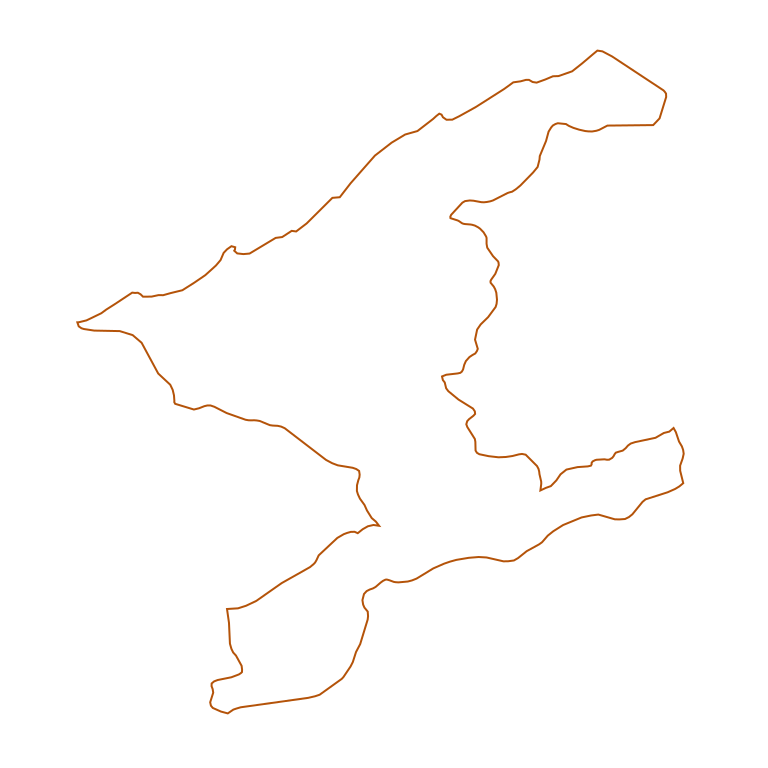 La Libertad, Equal Earth projection, rotated 86°
{"feature_id": "PER-580", "entity_name": "La Libertad", "entity_type": "Department", "adm_level": 1, "iso_a3": "PER", "parent_name": "Peru", "parent_adm1": "", "projection": "equal_earth", "projection_center": [-78.244, -7.962], "detail": "fine", "context": "isolated", "style": "outline", "palette": "amber", "viewbox_px": 768, "rotation_deg": 86, "n_neighbors": 0, "source": "natural_earth", "source_scale": "10m", "svg_char_len": 4788}
<svg xmlns="http://www.w3.org/2000/svg" viewBox="0 0 768 768"><g transform="rotate(86 384 384)"><path d="M301.1,685.6L301.1,684.0L299.8,676.4L298.0,671.8L295.5,665.6L293.7,661.1L290.4,655.9L285.8,647.4L275.3,628.8L275.8,626.0L275.8,623.2L277.5,620.6L280.1,618.3L280.6,609.7L279.6,602.7L280.0,598.1L278.4,590.3L276.4,578.6L269.7,566.2L262.9,554.6L254.1,543.4L249.0,538.4L242.0,534.8L238.7,531.2L235.9,526.6L237.2,522.9L239.4,523.3L240.6,524.1L243.5,521.3L244.6,515.2L244.5,509.0L230.7,481.9L230.3,475.3L224.8,465.4L225.7,461.0L218.4,449.9L194.7,422.5L194.6,415.1L181.4,403.3L155.5,377.1L143.8,359.6L136.6,345.5L134.0,333.0L123.0,316.5L120.3,313.1L118.2,310.0L119.3,307.8L122.0,306.6L124.7,303.3L125.1,297.5L122.1,290.2L114.1,273.1L98.1,243.6L92.1,234.0L91.6,226.7L90.5,221.1L90.7,218.2L93.1,214.7L94.0,210.7L91.5,201.9L88.8,194.0L89.0,188.4L85.2,174.5L78.1,164.1L69.3,152.1L66.3,147.9L67.4,142.9L73.1,133.7L110.6,84.7L112.1,83.5L114.0,82.4L117.4,82.5L138.3,90.6L144.5,97.4L141.8,143.1L145.5,151.6L146.2,154.5L146.6,158.7L146.3,162.2L145.7,165.6L143.9,171.6L141.7,177.2L139.4,181.6L137.4,184.3L136.0,192.4L136.6,194.8L137.9,197.5L139.7,199.3L143.7,202.2L152.9,205.4L167.5,212.7L170.9,213.2L178.2,215.6L183.4,220.5L195.5,234.1L199.0,239.0L201.1,242.8L201.6,245.5L202.1,247.4L208.5,262.5L209.2,265.4L209.6,268.7L209.7,271.7L209.4,274.2L207.4,282.0L206.9,285.6L207.2,290.4L208.6,293.2L219.9,305.2L221.8,306.2L223.2,306.1L226.0,299.1L226.7,297.9L227.5,296.9L228.3,295.9L229.1,294.9L229.7,293.6L230.1,292.0L230.9,286.7L231.3,285.0L232.3,282.3L234.3,279.1L235.8,277.3L239.6,274.1L243.9,271.9L244.9,271.6L245.6,271.5L251.3,271.9L255.2,271.5L264.1,266.3L269.6,261.7L270.7,261.3L273.4,261.2L281.9,265.3L287.4,269.8L288.8,270.6L290.4,270.6L294.5,267.7L297.2,266.5L300.8,265.6L307.8,265.4L311.9,266.1L315.0,267.3L324.6,275.5L331.3,283.4L336.2,287.3L346.1,290.1L355.5,288.0L357.6,289.0L359.9,290.8L361.3,293.8L363.1,296.9L366.8,300.7L370.4,302.6L375.0,304.1L377.1,305.5L378.2,307.1L378.6,309.8L379.1,321.2L380.5,325.6L384.2,325.0L386.7,323.3L392.6,322.3L395.7,320.3L404.7,310.8L414.7,297.0L417.6,295.3L420.2,295.2L421.9,297.0L425.0,301.6L426.9,303.6L429.9,304.7L432.7,303.9L445.2,297.2L448.1,296.9L456.8,297.3L459.1,296.1L460.7,293.8L463.3,284.6L465.1,274.9L465.3,267.5L464.8,260.9L463.6,254.3L463.4,251.2L464.4,247.6L476.5,237.1L479.4,235.8L482.2,235.3L484.8,235.2L492.3,234.0L494.6,234.1L501.1,235.4L498.9,229.7L497.5,224.7L492.2,218.8L486.4,214.2L482.1,208.0L480.4,196.7L480.4,186.4L479.9,183.3L478.7,182.5L477.2,182.4L475.8,181.3L474.7,178.7L474.4,177.2L474.5,169.3L475.1,166.9L475.2,164.7L473.6,161.5L472.0,160.0L470.2,158.9L468.7,157.6L468.1,155.3L467.1,150.5L464.9,147.4L462.4,144.9L460.6,142.0L459.5,137.6L456.6,116.9L452.4,108.3L451.4,102.7L448.1,98.2L452.4,96.2L462.0,93.7L467.0,91.2L470.6,90.2L474.5,89.9L479.2,91.3L486.1,94.3L491.2,94.6L503.8,92.4L506.8,96.6L509.0,100.9L511.8,108.6L517.3,131.1L519.6,134.3L531.3,145.3L533.8,148.9L535.5,153.0L535.5,158.6L535.1,163.1L529.2,179.3L529.6,186.5L530.9,196.2L537.2,215.2L542.7,225.4L546.7,231.2L552.9,237.4L554.8,240.5L560.7,253.3L567.0,262.4L569.1,266.7L569.5,272.8L569.2,277.3L564.2,293.8L563.2,301.6L563.3,311.5L564.5,324.1L565.8,330.5L567.4,336.5L571.4,347.7L580.4,365.1L581.9,369.8L582.7,374.0L582.9,383.5L582.5,386.3L582.1,388.0L580.2,392.2L579.4,394.4L579.2,395.5L579.4,396.5L580.3,398.7L581.8,401.1L585.9,406.6L587.2,409.4L588.0,412.5L589.4,415.8L592.1,418.6L598.1,420.6L602.6,420.2L605.7,419.1L609.9,416.1L614.5,416.1L617.8,416.7L641.8,425.9L649.4,430.6L659.2,434.5L663.5,437.1L673.5,444.9L675.2,446.7L689.5,469.9L690.7,474.6L691.8,481.5L696.5,549.5L697.5,554.0L698.3,557.0L701.7,562.8L699.4,569.5L695.2,577.4L692.8,579.1L689.4,579.6L680.0,575.9L676.4,576.2L673.4,577.1L670.7,576.8L668.8,574.2L667.7,570.6L665.9,556.7L663.6,549.0L662.4,546.9L661.5,545.8L659.1,545.5L655.2,545.7L644.6,550.6L641.3,553.2L637.5,554.7L632.3,555.8L611.5,555.3L597.5,556.3L597.6,545.3L595.6,537.1L591.5,526.6L575.5,500.0L561.5,470.6L558.7,466.7L557.3,465.2L555.1,463.7L550.4,461.1L534.3,441.3L531.0,434.6L530.0,431.2L529.2,427.4L529.4,423.6L531.0,420.6L527.4,415.4L524.8,410.0L523.9,404.3L525.1,398.8L520.7,401.7L516.9,405.6L509.0,409.8L503.3,411.9L496.7,416.0L492.3,417.7L488.8,418.5L483.1,418.0L478.1,416.3L475.5,415.1L472.7,414.6L469.0,414.9L466.9,417.6L465.4,421.1L461.9,435.8L459.4,441.2L455.7,447.1L421.2,486.1L419.3,489.6L418.3,493.0L417.7,497.9L417.1,500.7L412.2,510.6L411.5,513.5L411.1,516.1L411.0,519.2L410.7,521.8L410.0,524.6L402.0,543.0L394.9,554.8L393.3,558.6L393.1,561.8L393.6,564.8L395.3,570.2L396.2,575.4L389.2,593.7L387.4,594.5L386.5,594.3L380.7,594.3L375.1,595.2L369.8,597.3L357.8,608.5L326.0,622.9L317.7,631.3L312.8,643.9L310.5,669.4L308.2,679.6L307.3,681.9L305.2,684.5L301.1,685.6Z" fill="none" stroke="#b45309" stroke-width="2"/></g></svg>